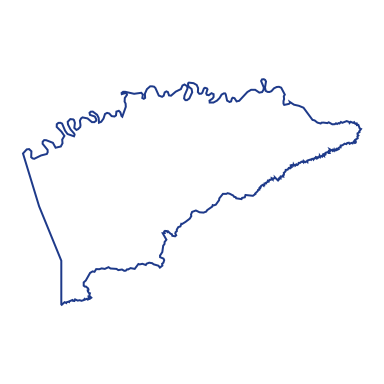 Barranco Mina, Guainía, Colombia (Mercator projection)
{"feature_id": "7082276B12505915261295", "entity_name": "Barranco Mina", "entity_type": "district", "adm_level": 2, "iso_a3": "COL", "parent_name": "Colombia", "parent_adm1": "Guainía", "projection": "mercator", "projection_center": [-69.213, 3.219], "detail": "fine", "context": "isolated", "style": "outline", "palette": "blue", "viewbox_px": 384, "rotation_deg": 0, "n_neighbors": 0, "source": "geoboundaries", "source_scale": "gbopen_adm2", "svg_char_len": 5927}
<svg xmlns="http://www.w3.org/2000/svg" viewBox="0 0 384 384"><path d="M23.0,153.5L39.1,206.3L61.3,260.7L61.3,304.4L61.7,304.8L64.6,302.2L66.1,302.9L66.1,302.4L68.4,301.7L69.1,302.0L69.2,301.4L72.4,300.0L72.9,300.6L74.1,300.4L73.7,300.9L74.4,301.0L75.1,299.4L77.7,300.6L79.7,300.2L81.5,300.8L83.4,300.2L84.5,299.1L84.7,299.7L86.9,298.8L87.8,299.6L89.0,298.9L88.8,297.9L89.8,298.8L91.3,297.7L89.2,295.6L89.9,293.3L88.9,293.0L87.9,291.4L87.7,290.4L88.3,290.3L88.5,289.4L88.0,288.3L85.8,286.5L84.9,286.6L83.7,285.7L83.7,282.4L85.8,280.5L90.1,272.9L92.6,271.4L94.5,271.8L96.2,269.1L99.3,269.2L101.7,268.4L104.8,268.9L108.5,267.2L110.5,268.5L116.5,268.9L118.3,270.1L122.0,269.5L124.2,270.8L125.7,270.7L127.1,269.3L128.0,269.5L130.6,268.1L134.7,268.9L138.4,264.0L139.7,264.4L142.4,263.8L145.8,265.0L146.6,263.7L149.2,262.7L152.2,263.2L153.6,264.3L158.4,265.7L159.9,267.6L162.4,265.6L162.1,263.8L163.4,262.7L164.2,260.1L163.5,258.6L160.1,257.2L160.0,255.6L162.3,252.1L163.2,245.7L164.5,244.0L164.6,242.0L166.4,239.7L162.7,233.2L164.7,233.0L164.2,231.5L165.0,230.9L166.4,231.0L167.5,232.0L168.0,231.3L170.5,233.7L171.9,234.3L172.3,235.8L175.1,236.3L176.2,235.3L175.3,233.5L175.6,232.2L176.8,231.2L176.8,229.6L178.3,227.1L180.4,226.4L181.3,223.8L182.1,224.0L185.5,221.9L189.8,218.6L191.3,216.1L191.0,214.6L192.1,211.9L195.9,210.5L199.6,212.3L203.5,212.6L206.2,211.6L207.2,210.1L212.2,206.6L212.7,205.1L213.7,205.4L215.8,204.7L219.1,200.1L219.3,198.4L222.9,193.9L226.3,193.9L227.6,193.2L229.6,193.7L233.3,195.6L234.2,196.9L235.6,197.1L236.2,198.3L241.5,199.1L242.1,197.9L244.8,197.3L245.5,195.0L252.9,195.8L255.4,194.0L255.2,193.5L257.7,191.1L258.1,189.9L259.3,189.7L259.3,188.1L259.9,187.4L260.4,187.8L261.2,185.8L262.7,184.9L263.5,185.6L263.6,184.9L264.3,185.1L264.5,183.5L266.0,183.4L265.9,182.8L267.6,181.9L267.8,180.9L268.7,181.5L269.4,179.9L270.7,179.9L271.5,178.9L272.4,179.5L272.2,178.7L272.9,179.2L273.4,178.8L272.8,178.4L275.2,178.1L275.1,177.6L277.7,180.2L278.8,178.7L278.9,179.5L280.1,178.0L280.6,178.3L280.8,176.4L282.9,176.6L282.6,176.1L282.9,175.4L283.6,175.4L284.0,174.0L283.8,172.9L285.5,171.4L285.7,169.9L287.6,169.7L288.8,167.9L289.7,167.7L290.1,168.3L291.8,167.0L290.9,166.3L290.7,165.3L291.5,165.1L291.9,165.7L293.0,164.8L293.5,165.3L293.6,164.5L294.0,165.2L295.1,165.0L295.4,165.5L296.1,164.8L296.3,165.7L296.5,164.6L297.2,165.0L298.2,164.3L298.7,162.9L300.1,162.9L301.4,161.7L302.8,162.0L303.2,161.2L303.7,162.3L304.3,161.5L305.2,162.2L306.6,161.3L307.4,162.0L307.5,160.5L310.6,159.5L311.1,159.9L312.0,158.9L313.4,158.7L313.6,159.4L314.7,158.1L315.5,158.2L315.7,157.5L316.8,158.6L317.6,158.1L317.3,157.2L318.8,157.3L319.3,156.3L319.9,156.8L319.9,155.9L320.5,156.8L321.6,156.0L322.2,156.5L322.8,155.2L323.9,155.9L323.7,155.0L324.4,155.4L324.8,155.0L324.5,154.1L325.5,154.2L325.5,152.8L328.2,151.9L328.6,153.0L329.3,153.0L328.8,152.2L329.8,151.6L329.1,150.6L330.2,150.1L329.8,149.3L331.6,150.3L332.5,149.8L332.8,150.7L333.4,150.2L333.9,150.7L334.2,149.8L334.6,150.7L336.0,150.2L335.6,149.5L336.6,148.9L336.1,148.3L336.9,148.8L337.0,149.9L338.7,149.1L338.3,148.3L339.6,147.3L340.6,147.4L340.8,145.9L339.9,145.6L342.4,145.3L344.6,143.7L346.4,144.1L347.2,143.0L348.9,142.7L349.6,143.8L351.4,142.9L352.6,143.4L353.3,142.3L354.1,143.2L353.6,141.9L353.9,141.5L354.9,143.0L355.5,142.8L355.9,142.0L355.2,139.8L357.7,138.3L357.4,136.4L358.4,135.5L357.6,134.6L357.5,133.4L359.5,132.1L359.2,131.4L361.0,129.0L359.7,128.4L358.4,125.0L357.0,125.1L357.1,124.2L356.1,124.0L356.3,123.4L354.8,123.4L354.1,122.2L353.2,122.9L350.7,121.8L349.6,122.9L349.4,122.1L346.7,121.1L342.3,122.8L340.9,122.0L339.5,123.5L338.6,123.1L337.1,124.0L336.0,123.3L334.8,124.2L332.3,124.3L328.7,122.3L327.4,123.1L323.5,122.6L321.5,122.7L320.7,123.5L317.4,122.6L314.6,120.4L312.5,119.9L303.5,107.7L298.9,105.8L294.0,104.7L289.9,102.0L290.2,102.8L288.9,103.9L284.2,104.9L283.5,103.7L283.5,101.0L284.1,99.1L283.8,96.3L284.8,94.6L281.2,87.7L279.0,86.8L276.7,87.0L274.0,88.3L271.4,91.2L269.4,92.0L267.6,91.9L265.7,90.9L265.0,87.5L266.0,81.5L265.1,79.9L263.8,79.2L262.0,79.4L261.1,81.0L263.8,87.5L263.5,89.8L262.1,92.1L259.3,92.6L255.2,89.8L251.1,89.8L247.4,92.0L239.2,100.8L236.6,101.4L234.5,98.2L232.8,97.7L231.9,98.5L231.1,101.4L229.6,102.0L227.1,100.6L225.7,94.3L225.1,93.4L223.8,93.4L221.6,94.6L219.6,98.0L217.0,100.6L213.5,102.5L209.7,102.5L209.5,100.6L212.5,98.6L213.6,97.0L213.6,94.2L211.5,93.2L208.8,95.2L206.8,94.8L206.2,93.3L207.5,89.3L206.9,88.4L205.0,87.8L203.9,88.5L202.3,92.8L201.2,93.7L199.3,93.8L197.9,92.1L198.1,88.1L196.7,85.0L193.6,83.2L188.9,82.6L188.1,83.3L188.1,85.4L188.7,86.7L191.6,89.0L192.2,92.3L189.3,98.5L187.0,100.1L185.4,100.1L184.1,98.5L184.5,95.6L187.5,88.6L187.1,86.2L184.5,84.5L182.5,85.5L180.9,89.1L175.8,91.6L171.0,95.7L169.0,95.4L167.9,92.1L166.4,91.4L164.7,92.4L163.7,95.7L162.1,96.8L158.8,95.6L155.4,88.0L154.1,86.7L152.0,86.3L150.2,86.3L146.9,89.2L144.9,93.7L145.1,97.9L143.8,98.8L142.3,98.0L142.9,94.6L141.3,92.8L134.1,93.8L125.2,91.8L123.1,91.8L121.6,93.0L121.8,94.1L125.6,93.0L126.6,93.5L127.0,94.8L124.8,98.0L124.6,101.6L125.6,103.6L125.8,106.8L122.3,116.7L121.5,116.0L120.3,112.2L118.8,110.8L116.4,111.6L116.0,115.4L114.5,116.5L111.6,116.1L109.3,113.5L107.1,112.9L105.0,114.0L103.5,118.6L101.2,121.8L99.0,122.7L98.7,118.0L97.1,114.8L92.8,111.6L90.7,111.7L89.5,112.9L90.0,114.9L94.8,116.5L96.2,119.2L96.2,120.7L94.4,122.1L91.9,122.1L87.5,118.4L82.5,117.4L81.0,118.5L79.9,120.7L80.5,125.2L80.2,127.0L78.0,129.2L76.4,129.9L74.3,127.9L74.9,122.9L74.0,120.1L73.2,119.4L70.3,119.1L67.7,121.8L68.0,124.5L70.5,129.4L74.2,133.6L74.6,134.7L74.0,136.3L67.5,134.0L65.1,130.7L62.1,123.6L60.4,122.8L58.4,122.9L56.8,124.2L56.7,126.9L61.4,131.6L64.4,135.9L62.2,139.6L62.5,143.3L60.8,146.5L55.6,147.7L52.9,142.8L46.2,140.2L44.2,140.1L42.7,141.7L42.6,143.8L47.6,149.9L47.7,152.2L46.8,154.0L41.2,155.4L34.2,158.8L32.6,158.4L31.2,157.2L31.4,151.3L29.1,149.1L26.7,149.4L23.0,153.5Z" fill="none" stroke="#1e3a8a" stroke-width="2"/></svg>